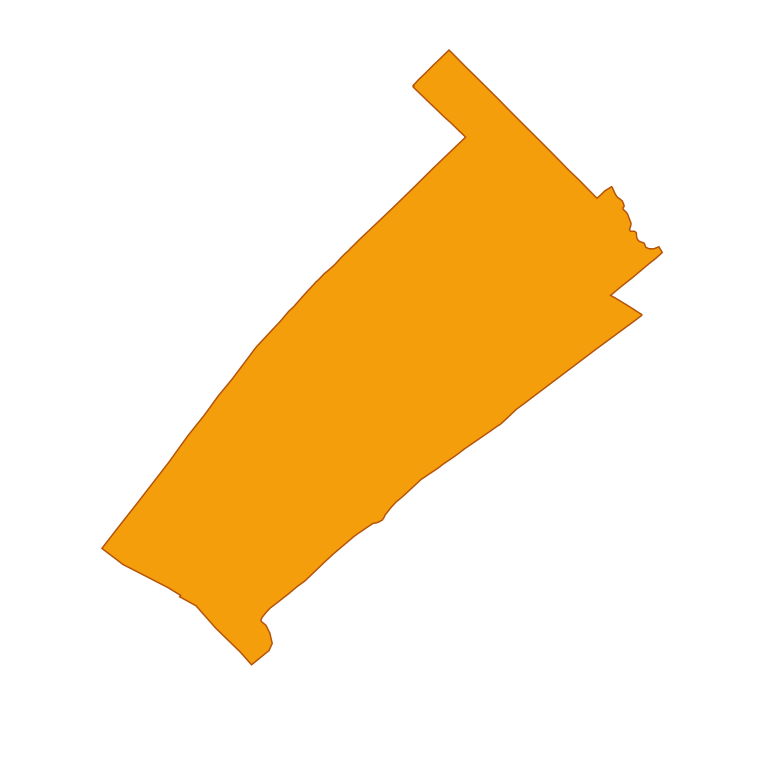 Catane, Dolj, Romania, rotated 38°
{"feature_id": "2599482B93473843734179", "entity_name": "Catane", "entity_type": "district", "adm_level": 2, "iso_a3": "ROU", "parent_name": "Romania", "parent_adm1": "Dolj", "projection": "robinson", "projection_center": [23.421, 43.905], "detail": "fine", "context": "isolated", "style": "filled", "palette": "amber", "viewbox_px": 768, "rotation_deg": 38, "n_neighbors": 0, "source": "geoboundaries", "source_scale": "gbopen_adm2", "svg_char_len": 2663}
<svg xmlns="http://www.w3.org/2000/svg" viewBox="0 0 768 768"><g transform="rotate(38 384 384)"><path d="M544.4,170.6L530.0,171.9L512.8,173.9L508.0,174.7L511.0,160.7L514.4,146.8L516.2,138.2L517.0,134.4L518.9,125.6L520.9,117.3L521.9,111.5L522.3,109.1L519.7,108.0L516.1,106.6L514.6,109.3L513.3,111.4L511.5,112.8L509.5,114.3L508.1,114.6L506.0,115.1L505.4,114.7L504.6,114.2L503.6,113.5L502.3,112.9L501.4,112.9L500.2,113.5L499.1,113.9L497.1,114.4L495.3,114.1L493.5,113.4L492.3,112.4L491.8,111.7L490.9,110.9L490.3,110.0L489.4,109.4L487.3,109.4L484.3,111.9L482.4,111.2L480.8,106.9L479.5,105.1L474.1,101.9L473.5,101.5L471.2,100.1L469.0,99.5L465.8,99.2L464.5,98.8L463.9,98.4L463.9,97.5L463.9,96.2L462.8,95.2L460.7,93.9L458.9,93.0L457.1,93.0L455.4,93.0L453.1,93.1L451.0,92.6L448.4,91.5L446.8,90.7L446.0,90.2L445.2,89.8L444.8,89.6L444.5,89.4L444.2,89.4L443.8,89.2L443.4,88.8L441.9,88.4L439.1,95.9L438.3,102.0L437.4,106.5L436.4,106.4L413.3,103.3L402.5,102.2L398.3,101.8L382.2,99.6L373.2,98.4L347.0,95.2L330.4,93.2L312.8,91.0L301.8,89.5L284.5,87.4L262.3,84.8L253.7,83.9L248.6,83.2L233.2,81.2L229.6,80.8L229.6,81.0L228.3,90.1L227.3,97.7L226.6,102.0L225.2,113.7L223.8,123.2L223.5,127.7L223.2,130.9L224.2,130.9L224.0,131.9L226.6,132.3L234.6,133.1L243.8,134.1L251.0,134.8L258.1,135.5L264.2,136.2L269.9,136.7L274.3,136.9L278.5,137.3L288.2,138.4L293.6,138.9L296.3,139.3L293.6,158.1L289.9,183.5L286.3,211.9L282.6,239.0L278.2,268.8L277.0,276.7L275.8,284.5L274.8,292.7L274.1,297.6L273.8,301.6L273.2,304.2L272.4,310.7L271.7,320.3L269.8,330.4L269.0,333.6L268.5,339.4L268.0,343.5L267.5,345.5L267.3,349.4L266.6,357.5L266.0,365.3L265.2,379.0L264.2,385.0L263.7,397.9L262.5,411.1L261.3,425.0L260.6,432.8L260.6,437.9L260.8,445.1L261.3,474.3L260.7,495.4L261.6,518.8L261.3,545.2L262.6,578.3L262.7,597.0L262.9,629.5L262.8,653.5L262.9,687.2L265.9,687.2L289.6,686.9L339.3,677.4L354.0,675.8L353.9,677.5L372.4,674.5L401.8,680.0L436.4,683.8L452.5,686.8L457.5,664.8L455.6,657.2L447.4,650.6L439.5,646.8L433.9,646.7L432.3,645.9L431.6,642.6L431.7,637.3L431.9,634.5L432.3,630.5L437.9,608.4L439.1,602.6L440.2,597.5L440.9,595.0L442.9,587.9L445.3,571.6L446.9,560.3L448.8,548.7L454.1,523.0L455.5,518.0L458.0,510.2L459.6,505.3L461.0,501.1L461.8,499.6L463.1,498.7L464.7,496.2L466.4,492.4L466.1,488.2L465.5,487.0L465.6,482.1L465.5,479.3L465.6,476.0L466.2,469.3L467.5,463.7L468.5,458.2L470.3,447.0L472.0,436.2L473.1,433.1L475.1,426.8L477.1,421.0L478.7,415.8L479.7,411.5L481.2,406.8L484.5,396.5L487.4,385.4L493.0,367.7L497.3,354.0L499.2,347.5L500.5,344.2L502.2,333.9L503.9,322.3L507.4,309.7L508.7,304.7L529.8,225.5L542.9,178.6L544.8,171.3L544.4,170.6Z" fill="#f59e0b" stroke="#b45309" stroke-width="1.5"/></g></svg>